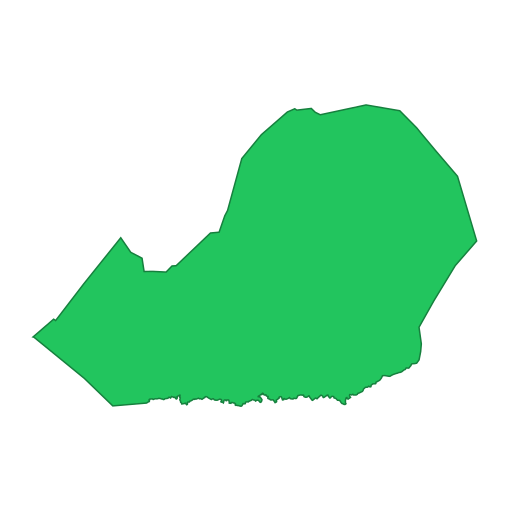 outline of Cochoapa el Grande, Guerrero, Mexico, rotated 272°
{"feature_id": "50627088B69738836017174", "entity_name": "Cochoapa el Grande", "entity_type": "district", "adm_level": 2, "iso_a3": "MEX", "parent_name": "Mexico", "parent_adm1": "Guerrero", "projection": "albers", "projection_center": [-98.516, 17.123], "detail": "fine", "context": "isolated", "style": "filled", "palette": "green", "viewbox_px": 512, "rotation_deg": 272, "n_neighbors": 0, "source": "geoboundaries", "source_scale": "gbopen_adm2", "svg_char_len": 5985}
<svg xmlns="http://www.w3.org/2000/svg" viewBox="0 0 512 512"><g transform="rotate(272 256 256)"><path d="M406.2,394.6L410.8,360.7L399.4,315.3L401.7,310.2L405.4,306.1L403.2,291.7L404.5,289.6L401.0,282.3L377.4,257.1L352.9,238.4L300.5,226.0L295.1,223.4L278.5,218.3L277.4,209.7L243.5,176.5L243.1,172.4L236.8,166.7L237.0,153.5L236.6,144.7L249.8,142.2L255.3,130.7L269.5,120.2L222.1,84.8L184.5,58.0L185.8,56.0L167.3,36.0L167.1,36.9L127.8,88.6L101.2,118.1L105.2,151.6L105.7,152.5L106.4,153.4L106.8,154.4L107.4,154.1L108.1,154.6L108.7,154.2L109.2,154.6L109.6,157.4L109.0,158.2L109.2,158.9L109.5,159.2L109.8,160.3L109.8,161.9L110.0,163.0L110.4,163.8L110.2,165.5L109.8,166.5L109.8,167.5L109.3,168.4L109.5,169.3L110.1,169.7L110.7,172.9L111.9,174.0L111.1,175.6L112.6,176.4L112.3,177.1L112.4,177.8L111.8,178.6L111.8,179.3L112.1,179.8L110.8,180.7L110.3,181.3L110.7,182.0L111.6,182.3L112.3,181.7L113.0,182.5L114.2,184.3L114.3,184.8L113.4,185.0L112.6,184.6L112.2,184.7L111.6,185.3L109.9,184.9L108.9,185.2L108.2,185.7L107.2,185.8L106.6,186.6L105.5,187.0L106.1,189.8L106.5,190.3L104.9,192.0L105.4,192.6L106.3,192.7L106.8,192.4L107.6,192.9L107.8,194.6L108.5,194.8L109.1,196.3L110.0,197.7L110.7,198.3L110.6,199.6L111.1,200.1L110.8,200.9L111.9,203.6L111.3,204.4L111.5,205.6L110.9,207.0L111.1,207.4L111.6,207.9L111.9,208.4L112.0,208.6L112.2,208.8L112.5,209.2L112.7,209.7L112.9,209.9L113.4,210.0L113.6,210.3L113.7,210.6L113.7,211.1L113.6,211.8L112.9,212.8L112.2,214.0L111.0,216.4L111.0,216.6L111.3,217.0L111.5,217.2L111.9,218.0L111.8,218.4L111.6,218.6L110.7,219.5L110.7,220.1L110.5,220.3L110.6,220.9L110.5,221.4L110.5,222.1L110.6,222.3L110.7,222.7L111.5,224.3L111.7,224.7L111.7,225.0L111.4,225.9L111.3,226.4L111.2,226.5L110.6,226.7L109.5,226.1L109.3,226.0L109.1,226.0L108.7,226.4L108.9,227.3L108.0,228.5L109.2,228.9L110.0,228.9L110.4,229.0L110.7,229.2L111.0,229.6L111.1,230.0L111.1,230.3L110.5,231.0L110.3,231.2L110.3,231.4L110.4,231.7L110.5,231.7L111.0,231.7L111.2,232.0L111.1,232.6L111.2,233.5L111.0,233.8L109.2,234.3L108.0,234.4L107.9,236.1L108.7,236.3L108.7,237.9L108.3,238.7L108.4,239.4L107.6,240.6L106.9,240.4L106.3,240.5L106.0,241.1L106.2,241.7L105.9,242.6L105.9,243.7L105.5,245.1L105.5,245.5L105.3,246.2L105.5,246.7L105.7,247.0L105.9,247.2L106.3,247.4L106.8,247.7L107.6,248.0L108.1,248.3L107.8,249.0L108.1,250.5L108.3,250.5L109.0,250.5L109.4,250.6L109.5,250.7L109.6,250.9L109.9,251.9L109.9,252.3L109.9,252.9L109.9,253.5L110.4,253.9L110.5,254.0L111.2,255.5L111.4,256.0L111.7,256.6L112.1,256.8L112.4,257.2L112.5,257.6L112.0,258.7L111.9,259.9L111.0,260.6L112.0,262.1L111.8,263.5L110.5,264.7L110.1,265.0L109.9,265.8L110.3,266.1L110.4,266.3L110.8,266.6L111.6,266.7L112.0,266.9L112.3,267.0L112.6,267.0L112.8,266.9L115.1,265.2L115.5,263.1L116.1,263.3L116.3,263.7L116.5,264.6L117.3,265.1L117.5,265.3L117.7,265.5L117.8,265.9L117.6,266.5L118.0,267.0L118.6,266.8L119.1,267.3L118.8,268.1L117.7,268.6L117.3,269.8L117.7,270.5L117.5,270.9L116.7,271.1L116.0,272.3L116.0,273.0L114.4,272.7L113.8,273.3L113.5,274.7L113.0,275.0L112.6,275.9L112.9,278.0L112.3,278.6L110.1,280.2L110.8,281.4L111.0,281.6L111.4,281.7L112.1,281.3L112.6,281.3L112.8,281.4L113.2,282.0L113.5,282.7L113.7,282.9L114.0,283.0L114.4,283.3L114.8,284.1L115.0,284.1L115.4,284.0L115.7,284.0L116.2,284.8L116.3,286.0L115.4,286.6L113.1,287.5L113.3,288.6L114.3,288.7L114.5,289.3L114.0,289.9L113.9,291.1L114.6,292.8L115.7,294.4L114.6,295.2L114.4,296.8L114.4,298.1L115.2,298.9L114.9,300.1L115.1,301.4L116.1,302.0L116.5,302.0L117.2,302.5L117.9,302.6L118.0,302.7L118.1,302.9L118.1,303.3L118.3,303.8L118.7,305.4L118.7,306.2L118.5,307.1L118.5,307.4L118.7,307.8L118.7,308.1L118.5,308.5L118.0,308.7L117.5,308.7L117.2,308.8L117.1,309.0L116.6,310.2L116.6,311.1L116.8,311.9L117.2,312.6L118.1,313.5L118.1,313.9L117.9,314.1L117.1,314.4L115.7,315.5L115.2,316.0L114.4,316.5L113.8,317.2L113.7,317.4L113.8,317.6L114.1,318.1L114.8,318.7L114.9,318.9L115.1,319.3L115.7,319.8L116.1,320.4L116.1,320.6L116.0,320.9L115.9,321.1L115.7,321.3L115.5,321.8L115.5,322.1L115.6,322.3L115.8,322.4L116.4,322.8L117.9,324.4L118.7,325.2L119.1,325.5L119.2,326.0L118.7,326.9L118.4,327.4L118.0,327.7L117.1,328.0L116.9,328.2L116.9,328.4L116.9,328.5L117.1,328.9L117.4,329.4L118.1,330.2L118.4,330.8L118.8,331.1L119.2,331.6L119.4,331.9L119.5,332.5L119.5,332.8L119.4,332.9L118.9,332.9L118.7,332.9L116.7,334.6L116.7,335.0L116.9,335.4L117.9,336.1L118.2,336.4L118.4,336.9L118.4,337.6L118.3,338.1L118.2,338.4L117.8,338.8L117.6,338.8L117.1,338.8L116.9,338.9L116.4,340.8L114.7,342.5L114.6,344.7L112.3,346.3L111.5,347.2L111.2,348.5L110.8,349.0L110.7,350.0L110.8,350.3L111.3,350.9L111.4,351.0L111.8,351.0L112.0,350.7L112.4,350.5L113.5,350.5L114.5,350.4L115.3,350.5L116.2,350.6L116.9,350.8L117.4,351.1L117.6,351.3L117.7,351.6L117.7,351.8L117.3,351.8L116.6,351.8L116.2,353.1L116.8,353.8L117.8,355.2L118.0,355.4L119.4,354.3L119.6,354.3L120.6,354.4L120.8,354.5L120.8,355.1L120.5,356.2L120.5,356.5L120.6,356.9L121.0,357.2L121.2,357.6L121.1,357.9L120.8,358.2L120.5,358.4L120.6,360.9L121.3,362.1L122.3,362.6L122.6,363.7L124.4,367.1L125.4,367.7L127.0,368.2L127.5,368.9L128.5,369.8L128.6,370.0L128.8,372.0L129.2,372.6L129.7,373.0L129.8,373.1L129.7,373.4L129.2,374.4L129.2,374.9L129.3,375.2L129.4,375.4L129.9,375.5L130.6,375.5L130.9,375.6L131.4,376.2L132.1,377.0L132.4,377.4L132.3,378.1L132.4,378.4L132.5,379.9L132.7,380.2L133.9,380.2L135.8,383.4L136.3,384.1L136.8,384.5L138.2,385.4L138.6,385.7L140.6,386.5L140.8,386.6L141.0,388.9L140.4,393.4L140.5,393.8L140.7,394.6L141.2,395.1L142.4,397.3L143.4,399.9L143.8,401.3L144.2,402.2L144.5,402.8L144.7,404.1L145.1,405.1L145.5,405.8L146.9,407.4L147.5,408.2L147.8,409.1L148.4,409.5L149.1,409.8L149.3,409.9L149.4,410.1L149.4,410.5L149.3,410.8L149.3,412.4L149.4,412.6L149.6,412.9L149.9,413.2L150.7,413.6L151.7,414.5L152.2,414.8L152.9,414.9L153.7,415.6L154.0,418.4L154.5,420.3L157.9,422.6L166.2,423.9L173.9,424.3L190.5,421.4L217.4,435.3L253.4,455.5L278.7,476.0L342.7,454.6L366.7,432.6L385.1,416.1L389.6,412.2L406.2,394.6Z" fill="#22c55e" stroke="#15803d" stroke-width="1.5"/></g></svg>